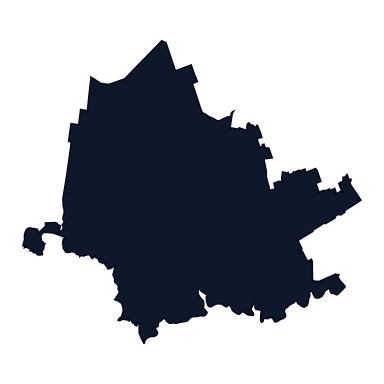 outline of Santiago Sochiapan, Veracruz, Mexico
{"feature_id": "50627088B82277071409559", "entity_name": "Santiago Sochiapan", "entity_type": "district", "adm_level": 2, "iso_a3": "MEX", "parent_name": "Mexico", "parent_adm1": "Veracruz", "projection": "robinson", "projection_center": [-95.662, 17.635], "detail": "fine", "context": "isolated", "style": "filled", "palette": "ink", "viewbox_px": 384, "rotation_deg": 0, "n_neighbors": 0, "source": "geoboundaries", "source_scale": "gbopen_adm2", "svg_char_len": 5951}
<svg xmlns="http://www.w3.org/2000/svg" viewBox="0 0 384 384"><path d="M339.5,274.9L338.7,274.7L337.9,275.2L337.9,274.6L335.9,274.7L335.7,274.1L318.0,281.8L317.4,281.2L316.2,281.2L315.9,281.9L312.5,279.9L312.3,262.6L311.0,262.4L312.4,261.7L311.3,259.2L309.0,260.8L307.1,260.5L302.5,251.5L300.2,252.9L299.0,250.2L301.3,250.8L301.8,248.4L298.0,240.4L312.8,231.4L312.4,230.6L324.9,222.6L325.4,223.7L335.2,217.9L334.6,216.7L339.6,213.7L340.3,215.1L344.9,212.3L344.2,211.0L361.0,200.1L350.7,184.9L349.6,181.6L350.9,181.0L350.9,179.2L349.6,179.4L348.7,179.0L347.1,174.5L344.3,177.7L343.1,177.2L342.9,181.6L341.1,182.5L340.9,182.0L338.8,183.5L340.5,188.1L341.7,190.5L342.0,190.3L343.1,192.0L340.8,191.1L335.4,194.4L336.1,192.6L334.8,188.4L330.0,190.6L329.5,189.0L324.3,191.1L324.0,190.3L319.0,192.1L315.9,183.4L320.9,181.3L316.9,170.1L315.5,168.5L306.1,172.4L304.9,169.0L300.6,170.8L299.5,171.6L299.1,170.3L294.8,172.1L293.6,172.0L293.8,172.5L289.1,175.0L288.2,172.4L286.4,173.1L283.0,171.8L282.5,172.1L282.2,175.2L281.9,176.1L281.6,179.8L282.3,179.9L281.8,181.3L280.6,181.9L279.4,181.3L278.5,181.4L273.8,183.2L274.9,187.0L274.9,189.2L269.4,190.2L268.8,186.1L266.3,177.2L266.3,170.8L263.8,158.9L272.3,157.9L268.8,148.1L265.2,147.9L263.9,144.1L262.7,144.7L263.5,144.9L262.2,146.7L261.5,146.6L260.1,147.6L257.6,140.9L257.5,138.2L261.9,137.5L260.6,133.2L257.5,125.4L256.7,125.4L256.1,127.4L254.6,126.8L252.9,125.2L249.5,124.7L249.8,123.8L248.9,122.9L247.8,125.2L247.3,124.4L246.4,130.3L239.2,127.8L238.7,129.2L230.1,127.7L232.3,113.2L233.5,111.3L232.3,111.9L231.2,113.6L230.8,116.4L226.7,117.2L219.5,120.7L218.3,120.9L216.6,120.5L213.6,118.5L208.9,116.6L204.7,113.6L203.0,113.4L202.9,113.0L201.9,113.3L202.5,112.3L201.6,111.4L192.4,83.5L197.5,81.5L194.8,75.1L191.2,64.9L175.4,70.8L165.9,42.5L164.2,42.0L161.8,40.7L125.0,78.5L123.7,79.2L109.1,84.3L106.5,84.2L100.4,83.3L93.4,78.4L92.7,78.5L90.9,77.1L91.0,81.0L90.6,80.9L89.9,86.7L87.4,110.7L80.6,109.5L78.7,124.7L71.0,123.7L68.6,141.4L71.1,141.8L70.7,146.7L66.7,175.3L62.9,198.7L63.2,206.2L64.0,209.0L64.2,211.9L63.9,214.2L63.2,216.1L62.9,219.2L63.8,220.6L64.0,221.8L63.3,223.7L62.3,224.4L62.4,225.8L63.1,226.5L62.9,229.4L60.6,231.2L58.9,231.4L59.4,230.5L60.3,225.7L58.3,224.8L56.7,222.9L55.8,223.3L55.3,222.6L45.4,222.9L45.5,226.2L39.0,232.5L38.0,231.3L37.3,229.2L29.0,227.8L26.7,229.3L25.7,230.9L24.4,234.7L24.5,239.9L23.2,244.0L23.0,245.9L24.0,246.1L24.9,246.7L24.4,247.7L26.6,247.1L28.2,248.2L29.6,248.2L30.6,249.6L30.0,250.5L30.7,250.3L31.1,251.0L31.8,250.9L33.6,252.6L34.0,252.7L34.3,252.2L35.3,252.9L36.1,252.8L36.7,253.9L37.8,253.8L37.3,254.6L38.0,255.0L39.0,254.9L40.1,254.2L40.3,255.0L41.7,254.5L42.2,254.8L42.6,253.3L41.8,251.6L43.8,248.4L44.0,245.4L45.0,243.7L43.8,243.5L43.1,241.9L42.4,241.6L41.3,241.8L41.5,239.6L41.3,238.4L40.8,237.8L41.0,235.2L41.5,234.9L43.1,232.6L47.3,232.4L53.7,233.1L65.4,237.5L63.5,239.1L63.1,239.9L62.7,242.2L63.0,242.3L63.0,243.8L62.6,244.2L63.1,244.5L63.2,245.4L63.1,248.2L64.3,249.4L64.3,249.9L64.9,249.8L65.3,251.8L67.4,252.6L68.1,252.2L69.5,252.4L70.0,251.8L70.2,252.2L70.6,252.1L71.0,251.3L72.1,251.7L72.8,251.1L73.2,251.4L73.2,252.0L74.2,251.8L77.1,254.7L77.8,254.6L77.9,254.1L78.7,254.3L79.1,255.3L79.6,255.4L79.7,256.6L80.9,255.6L83.7,256.0L87.3,254.8L89.0,254.8L89.6,255.0L91.1,257.1L92.0,257.0L92.1,257.7L91.5,257.7L91.5,257.9L92.5,258.5L93.7,257.4L94.4,256.1L94.8,256.1L95.1,255.3L95.6,255.3L96.0,256.0L95.4,256.7L95.8,256.8L95.8,257.6L96.8,257.8L97.3,258.6L99.4,259.9L99.2,260.3L98.8,260.2L98.8,260.8L99.8,262.3L102.1,262.5L102.3,263.4L103.9,262.6L104.9,264.2L105.4,264.5L105.5,265.6L107.4,267.2L107.5,268.6L108.2,269.0L111.0,268.3L111.3,267.7L112.7,267.6L113.5,265.7L114.0,266.0L114.4,265.6L116.0,265.7L114.8,267.6L113.0,274.8L114.8,279.3L114.5,281.2L114.7,282.1L118.2,285.5L118.5,286.9L118.0,288.8L119.1,290.9L119.3,292.8L114.6,299.7L117.5,300.6L121.6,303.3L122.7,306.6L123.3,310.7L121.8,315.8L121.1,317.0L119.4,318.2L118.0,320.2L119.5,320.8L122.4,319.4L124.4,319.4L125.7,319.9L126.7,318.9L127.8,320.3L129.3,321.1L130.3,320.0L131.4,320.3L132.4,322.8L133.9,323.2L135.0,325.1L136.6,325.9L136.9,324.8L137.3,324.6L136.9,323.4L137.2,322.6L138.0,322.6L138.3,323.5L139.1,323.1L139.2,333.0L140.9,337.4L143.7,343.1L144.2,343.3L145.0,340.4L146.9,338.2L150.6,336.5L154.5,336.4L156.7,334.9L157.5,333.6L157.5,332.0L155.6,329.3L155.5,327.2L158.0,326.5L158.7,321.9L160.3,321.5L163.4,318.5L164.1,318.4L166.0,319.8L166.6,321.3L168.9,323.0L170.2,323.3L173.3,322.9L176.1,323.3L181.1,322.1L186.4,321.3L187.8,320.6L190.1,317.8L192.4,316.8L198.4,316.3L199.9,315.6L203.4,316.0L205.1,315.4L207.0,313.1L207.0,312.3L205.3,310.0L203.4,308.2L203.9,303.9L203.3,300.7L200.2,297.5L198.4,294.4L198.0,291.3L198.7,288.7L199.6,288.6L201.2,291.2L206.7,294.8L206.9,295.8L206.4,296.7L206.2,298.3L206.5,301.1L208.0,305.7L209.0,306.5L210.2,306.9L211.5,306.6L215.7,304.1L217.9,303.8L221.7,304.1L225.8,306.8L227.2,306.5L228.5,305.1L229.3,304.9L231.2,307.5L232.6,310.7L237.4,314.0L239.6,314.2L241.5,312.2L242.5,311.8L244.2,312.3L247.6,314.7L252.1,315.5L253.4,315.1L253.6,314.5L253.2,312.9L251.2,309.9L251.0,308.8L253.5,304.2L254.3,303.5L254.9,304.2L255.0,307.9L256.0,309.4L259.7,309.8L260.9,310.5L261.2,311.5L260.7,315.2L260.6,320.2L261.0,321.8L261.5,322.3L263.0,321.5L263.6,319.2L264.5,318.3L265.4,318.2L267.2,318.8L269.5,317.8L271.5,317.5L272.5,318.1L274.7,321.8L276.1,321.9L278.0,321.2L279.5,319.9L283.3,318.5L285.4,317.0L285.6,315.1L284.3,311.6L284.6,309.2L288.0,306.6L289.5,305.0L294.3,302.5L295.5,300.6L296.7,300.7L297.3,302.6L298.1,303.7L302.9,306.9L304.2,307.2L306.2,306.1L307.2,305.0L308.1,302.8L308.5,299.3L309.9,295.8L309.5,293.1L309.8,291.9L310.6,291.0L311.9,291.5L314.8,297.3L315.7,297.8L317.4,298.1L319.4,297.7L321.9,296.4L323.5,294.0L325.0,290.9L328.6,288.5L329.6,288.8L329.9,289.4L330.0,290.8L331.3,293.4L333.2,293.3L336.6,294.8L338.0,294.2L345.1,287.0L344.9,285.9L340.5,281.1L338.2,277.4L338.1,275.9L338.6,275.1L339.5,274.9Z" fill="#0f172a" stroke="#020617" stroke-width="1.5"/></svg>